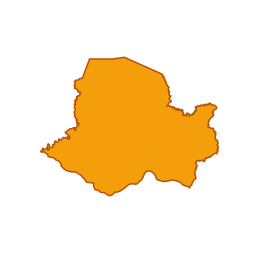 outline of Cimitarra, Santander, Colombia, rotated 248°
{"feature_id": "7082276B77867476816808", "entity_name": "Cimitarra", "entity_type": "district", "adm_level": 2, "iso_a3": "COL", "parent_name": "Colombia", "parent_adm1": "Santander", "projection": "robinson", "projection_center": [-74.255, 6.422], "detail": "fine", "context": "isolated", "style": "filled", "palette": "amber", "viewbox_px": 256, "rotation_deg": 248, "n_neighbors": 0, "source": "geoboundaries", "source_scale": "gbopen_adm2", "svg_char_len": 5812}
<svg xmlns="http://www.w3.org/2000/svg" viewBox="0 0 256 256"><g transform="rotate(248 128 128)"><path d="M49.6,162.6L51.4,165.1L51.4,165.8L51.6,165.9L51.8,165.5L54.7,169.3L55.2,169.6L55.5,171.6L55.8,172.0L57.1,172.5L59.6,172.6L60.1,173.0L61.4,173.1L62.9,174.1L63.8,175.4L64.7,175.1L65.2,176.4L66.2,176.3L66.2,177.0L66.7,177.8L67.5,178.0L70.0,177.7L70.6,178.0L70.9,178.8L71.3,178.6L71.6,180.3L71.2,180.9L71.2,181.5L70.7,181.7L70.9,182.5L70.1,183.8L70.4,184.2L70.0,185.3L69.8,185.8L68.6,185.7L68.4,186.1L68.5,186.8L70.6,188.0L70.5,188.7L71.1,189.2L70.6,189.7L70.9,190.1L70.4,191.3L70.7,191.7L70.3,193.0L70.5,193.7L70.8,193.6L70.7,194.7L71.9,198.1L71.7,200.3L71.2,200.6L71.8,200.8L72.0,201.6L72.4,201.8L72.4,202.4L72.9,202.7L72.9,202.3L73.3,202.3L73.4,202.7L74.1,202.4L74.7,202.8L74.6,203.1L75.2,203.1L75.5,203.9L76.2,204.6L78.2,204.4L78.6,204.0L79.2,204.6L79.4,205.4L80.1,205.8L80.7,205.5L82.0,206.3L82.3,206.0L83.0,206.2L84.2,205.0L85.5,205.3L86.0,205.1L87.7,205.6L88.0,206.1L88.8,206.3L88.9,206.8L89.3,206.4L90.6,206.8L91.0,207.6L91.4,207.2L91.7,207.5L92.2,207.3L92.3,206.9L93.1,206.5L94.2,207.0L95.8,206.8L95.8,206.0L96.3,205.8L96.5,205.0L97.4,204.6L97.5,204.0L98.2,203.7L98.4,203.1L98.8,203.0L99.1,202.6L100.5,204.2L101.8,203.8L103.3,204.7L103.5,205.5L104.9,206.2L105.4,207.0L106.5,209.2L107.0,211.1L107.6,212.0L108.8,212.6L110.0,211.6L110.8,212.3L110.7,212.7L111.5,212.8L111.4,213.3L112.1,213.8L112.8,217.4L113.5,217.8L114.8,217.8L116.7,216.7L118.3,214.1L119.0,213.6L119.3,213.6L119.3,213.9L120.0,213.6L120.0,213.1L119.7,213.0L119.5,212.4L120.2,212.3L119.7,211.9L120.1,211.2L119.7,210.8L120.1,210.2L120.0,209.6L120.7,209.4L120.8,208.4L120.3,207.5L120.7,207.4L120.3,207.1L120.4,206.6L120.9,206.6L120.8,205.8L121.4,205.6L121.6,204.9L121.4,203.9L121.8,203.7L121.5,203.2L122.1,202.1L122.0,201.0L122.4,200.2L121.8,199.7L122.2,199.3L122.2,198.9L121.5,198.8L121.7,198.4L121.2,198.5L121.1,198.0L121.0,198.5L119.9,198.2L119.5,198.4L119.0,197.7L119.4,197.5L119.2,197.1L118.7,197.1L119.0,196.8L118.8,196.4L118.3,196.9L118.2,195.9L117.8,195.9L117.6,194.9L117.1,194.8L117.1,193.6L116.4,194.0L116.4,193.3L116.7,193.0L116.1,192.5L116.5,191.8L116.3,190.9L116.8,190.7L116.5,190.0L116.9,190.3L117.4,189.7L118.1,189.8L118.1,189.2L118.8,189.2L119.2,188.8L119.1,188.5L119.7,188.3L118.0,187.1L118.1,186.7L117.7,186.5L118.6,186.2L118.3,185.6L119.2,183.7L119.9,184.8L120.8,185.1L121.2,184.8L122.6,185.0L123.0,184.6L123.4,185.0L123.6,184.4L124.1,185.1L124.9,185.1L125.1,184.4L124.9,182.8L125.2,182.2L125.7,182.7L126.1,182.1L126.9,182.1L126.8,181.1L126.3,180.8L126.5,180.4L126.9,180.6L126.7,179.9L127.3,180.3L127.3,179.2L127.7,180.0L127.9,179.1L128.2,179.5L129.0,179.0L129.6,177.9L130.2,178.2L130.0,177.1L130.5,176.0L130.5,177.0L130.9,176.4L131.5,176.7L131.8,176.4L131.7,175.8L132.4,174.9L133.4,174.5L133.6,172.4L134.9,174.1L136.1,174.9L136.1,177.4L136.5,178.0L137.3,178.2L138.4,177.1L139.5,177.1L140.0,177.3L140.9,179.3L141.9,179.6L141.9,179.1L142.5,178.7L143.6,178.6L144.3,179.1L144.8,178.8L145.6,179.2L145.8,179.7L146.3,179.4L146.4,179.8L147.0,179.7L147.0,180.0L148.5,179.8L148.6,180.1L149.4,180.2L150.7,181.3L151.2,180.5L153.2,180.5L153.9,180.1L154.1,179.7L155.1,180.4L156.2,180.5L157.0,180.0L157.6,180.3L157.6,179.9L159.9,180.5L160.9,179.5L161.6,180.3L162.0,179.7L162.3,179.8L162.5,180.4L164.2,179.5L165.0,180.0L166.1,178.5L166.5,178.5L194.9,151.1L197.9,139.2L206.4,118.2L191.4,104.5L191.3,103.6L191.8,102.7L191.9,101.6L191.4,100.7L191.3,99.4L191.6,98.6L191.4,97.9L191.8,97.3L191.3,95.9L189.9,96.1L189.9,95.9L188.4,95.4L187.6,94.1L187.1,94.1L186.7,94.6L186.3,94.5L186.4,94.1L185.5,94.0L184.9,93.4L184.1,94.3L183.2,94.6L182.7,95.4L180.9,95.3L181.1,95.7L179.9,95.8L180.0,96.0L179.2,97.0L178.6,97.0L178.7,96.6L178.2,96.4L178.0,97.1L177.8,97.1L177.7,96.6L177.2,96.3L177.2,96.0L177.0,95.8L176.3,95.1L176.3,93.8L176.6,93.4L176.4,92.7L176.1,92.5L176.2,92.1L175.4,92.0L175.0,91.5L174.3,91.8L173.8,91.6L173.4,90.5L173.8,90.6L173.9,90.2L173.2,89.5L173.3,89.0L172.6,88.8L172.1,89.2L172.0,88.7L170.9,88.1L169.9,88.4L169.9,88.0L169.6,88.4L169.1,87.3L167.0,85.9L165.8,86.4L163.8,85.2L163.1,84.2L162.5,84.3L162.1,83.8L161.9,84.0L159.5,83.7L159.5,83.0L159.1,82.8L157.3,83.4L156.4,83.0L155.9,83.7L154.9,83.7L154.6,83.1L153.9,83.6L152.7,82.6L152.1,82.9L152.2,82.3L151.3,82.2L150.7,82.9L150.6,83.5L150.1,82.9L150.0,83.2L149.8,82.7L149.6,83.2L149.1,83.2L147.9,79.5L147.1,79.2L145.9,79.2L145.5,78.7L146.1,77.8L148.2,78.4L148.7,77.9L148.5,75.2L149.0,73.8L148.5,72.7L148.5,71.1L147.5,69.6L147.7,68.4L146.4,68.2L144.0,70.0L142.3,69.1L142.2,70.8L140.3,70.1L139.7,69.0L139.8,68.5L140.4,67.9L141.9,68.8L142.4,68.4L142.0,66.6L143.2,65.0L143.5,64.0L142.1,61.9L141.9,61.0L142.3,60.4L143.5,60.2L143.6,59.6L141.7,58.4L141.2,57.8L141.4,56.8L143.0,55.9L142.9,54.8L142.1,54.3L140.7,54.3L140.3,53.8L140.8,52.2L140.4,51.6L138.7,51.4L138.2,51.0L138.9,49.2L139.7,48.4L140.7,48.2L142.2,48.7L143.1,48.2L142.9,47.5L141.7,47.1L140.6,45.8L139.3,46.0L138.1,47.1L137.6,46.9L137.6,45.8L139.4,44.9L139.3,42.4L140.1,41.8L140.9,41.7L141.0,41.3L140.8,41.0L139.5,40.8L139.6,39.3L138.7,38.2L137.7,39.4L137.5,41.0L133.5,43.6L131.4,43.3L128.0,48.1L125.2,49.3L123.6,51.3L120.2,52.5L118.4,51.9L116.8,52.1L114.4,53.1L111.6,55.0L108.9,58.4L107.2,62.2L105.9,63.9L103.5,65.1L102.3,66.4L101.4,66.9L99.7,67.2L97.7,68.3L93.5,69.2L92.3,70.6L91.7,72.3L89.5,75.5L87.2,74.3L83.7,74.3L83.0,74.6L81.1,77.2L78.6,78.5L76.7,82.1L74.1,83.6L72.4,85.1L71.9,86.4L71.9,87.6L72.2,89.1L73.3,91.3L72.5,95.2L72.4,97.5L73.0,98.9L73.4,101.8L75.1,106.7L75.3,108.2L74.9,110.7L72.9,114.3L72.9,115.7L73.9,118.1L74.6,120.5L76.5,123.2L79.7,126.3L80.9,129.1L80.7,130.5L79.9,132.1L78.7,133.4L76.1,135.1L73.1,135.5L70.4,135.3L68.6,136.2L64.9,141.0L64.6,142.9L63.9,144.7L63.5,148.8L62.6,150.9L59.0,155.2L57.7,156.3L54.9,157.5L52.2,160.2L51.4,161.7L49.6,162.6Z" fill="#f59e0b" stroke="#b45309" stroke-width="1.5"/></g></svg>